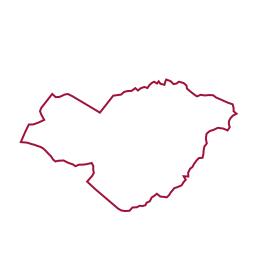 the district of Meleiro, Santa Catarina, Brazil, rotated 301°
{"feature_id": "56859067B77617457657504", "entity_name": "Meleiro", "entity_type": "district", "adm_level": 2, "iso_a3": "BRA", "parent_name": "Brazil", "parent_adm1": "Santa Catarina", "projection": "robinson", "projection_center": [-49.595, -28.833], "detail": "fine", "context": "isolated", "style": "outline", "palette": "rose", "viewbox_px": 256, "rotation_deg": 301, "n_neighbors": 0, "source": "geoboundaries", "source_scale": "gbopen_adm2", "svg_char_len": 1754}
<svg xmlns="http://www.w3.org/2000/svg" viewBox="0 0 256 256"><g transform="rotate(301 128 128)"><path d="M199.5,187.9L199.9,184.1L197.9,180.4L195.3,176.8L193.9,173.2L190.6,170.8L190.9,166.8L191.5,161.7L192.2,158.2L194.5,156.3L195.2,152.6L193.9,147.8L191.1,146.7L189.1,144.4L190.1,140.3L189.2,135.8L186.6,136.2L183.8,137.0L182.6,133.1L183.8,130.3L181.1,130.0L181.1,126.6L178.9,125.2L175.6,124.2L172.3,124.1L171.6,120.9L168.7,118.5L165.3,117.2L165.9,113.7L161.7,112.0L159.5,108.6L156.8,106.0L153.1,104.9L151.0,102.3L148.1,98.7L126.7,96.0L126.7,82.5L126.6,67.9L126.6,64.0L126.2,59.0L124.1,56.5L121.5,54.8L119.3,53.2L117.2,50.1L118.2,45.5L100.5,43.3L97.1,43.9L94.6,47.1L91.8,52.0L89.4,50.4L86.3,48.3L82.2,44.9L79.9,41.2L71.7,41.9L60.7,43.4L63.5,49.1L64.5,53.5L65.4,56.4L65.9,59.3L66.7,62.5L66.8,65.5L66.2,68.7L65.1,72.5L64.0,76.8L62.4,80.0L61.9,83.0L63.9,85.0L67.0,89.5L67.4,95.0L68.4,99.2L68.2,102.6L71.3,104.9L73.5,108.4L75.7,111.2L79.3,114.9L77.5,117.9L74.8,119.3L71.8,121.9L68.1,121.9L64.3,121.2L61.0,120.6L58.7,131.5L53.8,161.1L53.9,164.9L55.4,168.4L57.9,172.0L62.1,172.7L64.6,176.4L67.3,178.0L68.6,180.6L70.7,182.7L73.5,182.4L76.4,184.4L80.7,184.1L83.6,185.6L86.5,186.6L85.9,191.1L87.3,193.9L88.5,196.9L91.6,197.8L94.8,197.8L97.6,198.3L100.2,198.6L102.5,200.6L106.5,203.5L110.1,203.5L113.4,204.1L115.3,200.6L117.5,204.7L120.6,202.6L125.1,202.2L127.7,203.3L131.1,203.1L135.6,203.5L138.8,204.3L140.8,207.2L144.4,206.1L147.9,204.3L151.5,203.0L155.3,203.5L159.0,200.2L163.5,198.3L167.4,199.6L170.6,202.4L174.4,204.9L176.6,210.0L177.2,214.6L181.1,214.8L183.3,212.4L186.3,210.9L189.9,210.9L192.8,211.6L196.1,213.7L196.8,209.8L199.6,208.2L202.2,205.4L201.2,200.9L200.6,196.5L200.2,192.9L199.5,187.9Z" fill="none" stroke="#9f1239" stroke-width="2"/></g></svg>